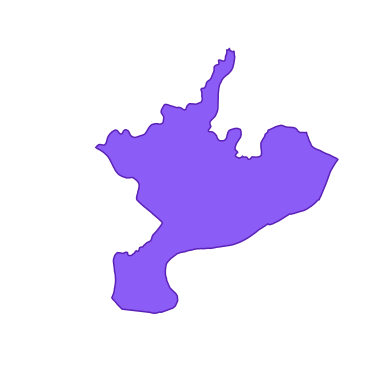 outline of Khsach Kandal, Kândal, Cambodia, rotated 220°
{"feature_id": "14789045B32248598745823", "entity_name": "Khsach Kandal", "entity_type": "district", "adm_level": 2, "iso_a3": "KHM", "parent_name": "Cambodia", "parent_adm1": "Kândal", "projection": "albers", "projection_center": [105.061, 11.705], "detail": "fine", "context": "isolated", "style": "filled", "palette": "violet", "viewbox_px": 384, "rotation_deg": 220, "n_neighbors": 0, "source": "geoboundaries", "source_scale": "gbopen_adm2", "svg_char_len": 6118}
<svg xmlns="http://www.w3.org/2000/svg" viewBox="0 0 384 384"><g transform="rotate(220 192 192)"><path d="M170.3,57.3L147.0,72.7L144.1,74.1L142.9,74.9L140.9,77.1L140.0,78.8L138.1,80.3L136.5,83.0L132.0,90.9L131.5,93.9L133.0,99.4L136.3,102.8L139.2,103.8L141.5,103.9L147.0,104.3L149.9,105.6L153.8,107.7L154.9,108.0L155.6,109.1L158.0,110.6L159.5,111.9L161.4,114.0L162.8,116.0L164.5,118.6L165.5,120.8L165.7,123.6L165.5,127.2L164.6,131.3L163.7,135.2L161.9,138.3L158.9,141.9L157.3,144.6L155.1,147.2L153.8,149.1L151.8,151.6L150.4,152.8L148.7,154.5L147.7,155.3L147.0,155.7L143.5,159.3L141.5,160.8L139.0,163.7L137.9,165.3L135.5,167.8L134.1,169.4L130.6,173.4L128.7,175.5L126.5,178.4L124.8,181.3L123.2,184.1L120.7,189.9L119.4,193.7L117.4,201.3L116.5,206.1L114.4,212.6L113.4,216.4L112.0,216.5L111.2,217.3L109.6,219.8L108.1,223.3L107.1,225.5L106.2,228.1L103.1,237.9L101.9,238.7L100.1,241.2L98.1,244.3L96.5,246.8L94.4,249.7L93.1,252.7L91.7,257.4L91.1,260.0L90.6,263.2L90.5,266.3L89.6,268.0L90.1,268.9L90.5,270.8L90.8,272.0L94.3,283.1L95.9,287.8L96.7,289.9L97.5,292.1L98.8,295.6L99.6,298.6L100.1,301.9L100.8,306.2L101.1,310.6L102.7,310.7L104.8,310.2L106.4,309.7L109.4,309.1L110.6,308.8L113.1,307.9L115.3,307.2L118.2,306.5L120.6,306.1L123.5,305.0L126.9,304.2L129.5,304.1L130.9,304.6L132.7,305.6L135.3,306.7L138.7,308.8L140.6,309.7L141.8,310.7L142.6,311.2L144.1,309.7L145.9,308.5L146.9,307.4L147.6,307.1L148.8,306.8L149.9,306.8L151.5,307.2L153.6,307.4L155.8,306.5L157.8,305.1L160.3,303.2L162.1,302.1L164.7,301.3L166.5,300.5L167.9,298.7L170.0,295.5L171.1,292.9L172.5,289.9L173.3,288.6L173.2,287.7L172.6,286.8L172.6,285.7L173.0,283.8L172.9,282.9L172.7,282.4L172.2,281.7L171.9,280.3L171.8,279.0L171.3,276.2L170.7,273.9L170.1,273.1L169.3,272.2L169.1,271.8L167.6,270.3L166.6,269.4L164.5,267.4L163.1,265.6L162.5,264.0L162.8,263.0L164.1,261.1L165.3,259.9L168.6,257.5L168.7,256.7L168.6,255.5L168.7,254.4L169.7,253.4L170.3,253.2L171.2,253.7L172.6,253.8L173.5,253.3L174.0,252.5L174.9,252.0L176.4,251.8L176.3,251.3L176.3,250.7L176.9,249.7L177.1,249.1L177.4,248.3L178.0,248.3L178.9,247.9L179.8,247.6L180.3,247.5L181.5,247.4L182.1,247.6L182.6,249.1L182.6,250.6L182.4,251.6L183.3,252.1L185.1,252.1L186.2,252.3L187.5,253.6L188.2,255.1L189.1,257.7L189.6,261.3L189.7,262.1L190.0,264.9L191.1,267.4L193.3,269.8L195.2,271.0L197.2,270.3L198.3,269.8L200.0,268.2L201.5,266.0L202.5,264.4L203.1,262.7L202.7,260.6L201.6,258.1L200.3,255.7L200.1,254.1L200.1,253.4L200.5,252.0L201.5,250.8L203.2,249.5L204.5,249.0L205.6,249.0L207.4,249.6L209.5,250.9L212.4,251.4L214.2,251.3L215.7,250.8L217.2,249.5L218.2,249.1L218.8,249.3L219.2,250.4L219.3,251.7L219.3,252.6L219.6,254.3L221.8,255.5L222.9,256.5L223.4,258.1L223.4,259.9L223.1,262.9L223.0,265.2L224.3,269.7L225.2,271.6L226.5,273.5L228.3,275.7L230.2,278.1L232.2,280.7L234.5,283.4L235.9,285.4L238.3,289.0L239.4,291.1L240.1,292.8L240.5,295.0L241.0,296.6L241.3,299.5L240.8,303.3L240.1,306.2L240.0,310.6L240.8,313.7L242.7,317.5L244.9,321.2L246.5,323.4L247.3,323.8L248.4,324.9L249.9,326.5L250.5,326.7L250.8,325.9L251.6,325.3L252.8,325.1L253.7,324.7L254.2,325.0L255.0,325.7L255.6,325.8L255.6,324.6L255.5,323.8L256.6,323.3L256.2,322.7L254.7,320.9L254.1,319.4L253.8,318.2L253.3,317.1L252.1,315.6L251.4,313.8L251.9,312.6L253.3,311.8L254.5,311.5L255.9,310.7L256.3,310.0L256.0,309.5L254.0,307.9L253.7,307.0L254.0,306.3L254.9,305.0L255.4,303.8L255.5,302.6L255.3,301.9L253.7,299.9L252.8,298.5L252.0,296.1L251.5,294.4L250.5,291.5L250.4,289.4L250.9,288.0L251.2,286.7L251.1,285.0L249.8,282.4L249.4,280.5L249.3,279.7L251.2,277.4L251.1,276.4L250.3,275.8L248.4,274.5L247.1,273.2L246.3,271.9L245.3,271.1L244.6,270.6L243.9,269.9L243.1,268.4L242.8,267.1L242.8,266.5L244.8,262.8L245.5,261.7L246.9,260.8L250.7,258.0L251.0,256.6L251.1,255.4L251.0,254.3L249.9,251.4L250.2,250.3L250.8,250.0L251.8,249.6L253.1,249.4L254.2,249.4L255.5,248.9L256.1,248.6L256.8,248.0L257.7,247.0L259.1,246.3L260.1,245.8L261.8,245.3L263.2,244.5L266.8,243.2L268.1,242.5L269.1,241.5L269.2,240.4L268.6,237.2L268.3,235.7L267.8,234.5L267.4,233.8L266.6,233.0L264.4,232.3L263.3,232.0L262.5,231.6L261.8,231.2L261.2,230.5L258.9,226.8L258.8,226.0L259.3,224.5L259.8,223.8L260.6,223.0L263.0,221.7L264.7,219.9L265.7,218.4L266.1,217.7L266.4,216.3L266.4,215.1L266.4,214.1L266.0,211.1L265.6,209.5L265.5,207.8L265.4,206.0L266.0,204.6L266.6,203.4L267.5,202.2L268.2,201.1L268.9,199.8L269.8,198.4L270.6,197.3L271.2,196.8L272.5,196.2L274.6,195.8L276.0,196.1L277.2,196.6L278.7,197.3L280.0,197.8L281.5,197.6L282.7,197.2L283.3,196.5L283.7,194.9L283.1,192.1L283.4,191.0L284.1,190.4L285.4,190.3L287.9,190.9L289.2,190.9L290.4,190.4L291.0,189.4L291.9,186.8L292.2,183.8L292.0,181.1L291.3,178.7L290.3,176.8L289.3,174.3L289.1,172.2L289.8,171.2L290.7,170.5L291.8,170.0L293.0,169.2L293.9,168.3L294.1,167.2L294.4,165.6L294.3,164.3L292.4,164.4L290.3,164.9L287.9,165.3L285.5,165.5L283.2,165.5L279.5,165.2L277.7,164.7L275.8,164.0L270.8,161.9L268.7,160.9L266.9,160.3L265.0,159.4L263.2,158.9L260.2,158.4L259.0,158.4L257.7,158.6L256.6,158.9L255.6,159.0L254.1,159.6L251.5,160.6L250.2,161.6L249.3,162.4L248.0,163.9L246.5,165.1L243.1,165.3L241.6,165.3L240.1,165.0L238.5,164.5L237.4,163.7L236.6,162.9L236.1,162.3L234.3,159.1L233.9,157.8L232.8,156.1L232.4,155.0L231.4,153.0L230.7,151.8L230.1,151.2L229.4,150.7L228.8,150.5L224.6,150.2L219.5,150.0L217.3,150.1L215.2,150.1L211.2,150.2L209.6,150.2L208.1,150.0L201.0,150.0L197.3,149.8L196.7,149.8L195.5,149.5L194.8,149.1L194.4,147.8L194.3,145.9L194.1,143.6L194.1,141.6L194.0,139.2L194.3,133.9L193.6,131.6L192.8,130.0L192.3,128.0L193.0,126.2L193.7,124.8L194.0,124.0L194.5,120.5L194.4,118.3L194.9,117.8L195.9,116.7L196.3,115.7L195.9,114.6L195.2,113.3L195.0,112.1L195.7,111.5L196.9,111.2L197.2,110.1L197.0,109.5L196.8,108.2L197.2,107.1L197.4,105.1L198.4,103.6L199.9,102.6L201.0,102.8L202.4,104.1L203.2,103.9L204.1,103.2L204.7,101.8L205.6,100.4L208.2,99.0L210.1,97.7L210.4,96.4L210.4,94.0L209.6,91.7L208.8,89.9L207.4,88.1L203.5,84.6L200.3,81.4L198.9,80.4L197.6,79.3L193.9,75.4L192.0,72.8L190.8,70.9L189.4,68.4L188.4,66.8L187.2,64.8L186.1,61.6L185.4,59.4L184.6,59.3L184.0,59.0L180.0,58.6L176.5,57.9L170.3,57.3Z" fill="#8b5cf6" stroke="#5b21b6" stroke-width="1.5"/></g></svg>